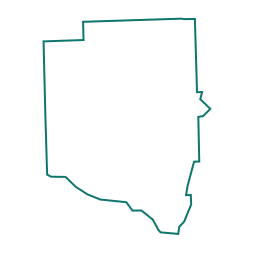 outline of Haywood, Tennessee, United States of America, rotated 177°
{"feature_id": "52423323B54587170177345", "entity_name": "Haywood", "entity_type": "district", "adm_level": 2, "iso_a3": "USA", "parent_name": "United States of America", "parent_adm1": "Tennessee", "projection": "equal_earth", "projection_center": [-89.334, 35.61], "detail": "fine", "context": "isolated", "style": "outline", "palette": "teal", "viewbox_px": 256, "rotation_deg": 177, "n_neighbors": 0, "source": "geoboundaries", "source_scale": "gbopen_adm2", "svg_char_len": 546}
<svg xmlns="http://www.w3.org/2000/svg" viewBox="0 0 256 256"><g transform="rotate(177 128 128)"><path d="M101.0,22.1L83.4,19.6L82.0,26.6L76.8,31.6L68.9,48.4L68.8,57.8L73.5,57.9L71.6,66.8L63.8,90.9L58.6,90.8L57.2,135.4L52.3,136.0L44.8,142.8L54.3,153.0L52.1,160.0L57.2,160.2L55.5,233.4L66.5,233.8L69.2,234.4L167.3,236.4L167.8,218.2L207.8,218.9L209.8,147.1L211.2,85.7L207.4,83.4L192.9,82.4L183.2,71.9L171.9,63.8L159.3,58.0L133.6,54.0L127.9,45.3L118.9,44.9L108.1,35.3L103.1,24.9L101.0,22.1Z" fill="none" stroke="#0f766e" stroke-width="2"/></g></svg>